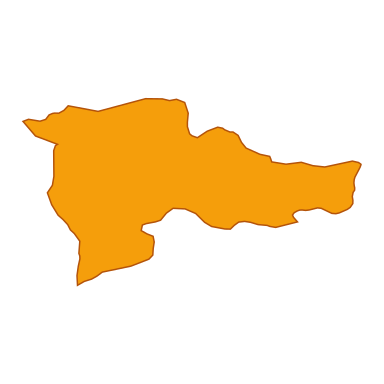 Agri, Robinson projection
{"feature_id": "TUR-2307", "entity_name": "Agri", "entity_type": "Province", "adm_level": 1, "iso_a3": "TUR", "parent_name": "Turkey", "parent_adm1": "", "projection": "robinson", "projection_center": [43.45, 39.496], "detail": "fine", "context": "isolated", "style": "filled", "palette": "amber", "viewbox_px": 384, "rotation_deg": 0, "n_neighbors": 0, "source": "natural_earth", "source_scale": "10m", "svg_char_len": 1583}
<svg xmlns="http://www.w3.org/2000/svg" viewBox="0 0 384 384"><path d="M361.0,164.3L360.9,165.0L360.0,167.4L354.9,177.2L354.2,179.7L353.9,182.8L354.2,185.5L354.7,187.9L354.6,190.2L353.1,192.4L352.3,196.6L352.9,200.2L352.8,203.6L350.2,207.4L347.3,209.4L339.3,212.9L335.9,213.7L331.9,213.4L321.2,208.3L317.5,207.9L309.1,210.0L305.6,210.4L302.1,210.0L299.7,210.1L297.4,210.9L294.2,212.7L292.5,215.0L293.5,217.3L297.5,221.9L275.7,227.4L269.8,226.4L267.2,225.4L258.1,224.6L250.5,222.3L244.6,221.4L238.7,222.1L234.3,225.3L230.4,229.1L225.0,229.0L211.6,226.5L204.6,222.3L195.7,213.5L185.1,208.9L173.1,208.3L166.4,213.1L160.6,220.2L155.4,221.9L146.2,223.6L142.4,225.0L141.2,230.6L147.0,233.9L153.1,236.3L154.2,242.0L153.2,248.6L152.8,255.1L149.0,259.1L131.0,266.1L102.3,272.1L97.1,276.0L91.6,279.1L84.3,281.4L77.5,285.3L77.0,275.6L78.3,266.2L79.9,258.9L79.8,256.0L78.9,253.4L79.8,241.2L74.3,233.5L70.4,229.9L67.7,224.6L63.0,219.5L58.1,215.2L51.7,204.7L47.4,192.8L52.4,185.3L53.9,176.4L53.7,150.7L55.4,145.7L57.5,144.3L35.5,136.0L23.0,121.4L28.5,119.3L40.0,121.2L45.7,119.4L49.1,114.9L52.7,113.4L54.7,113.1L58.8,113.2L63.9,110.4L68.2,105.8L98.1,111.4L145.5,98.7L162.4,98.9L169.5,100.6L176.5,99.3L184.7,102.5L188.2,113.2L187.4,122.2L187.4,126.7L189.6,133.8L192.0,135.8L197.4,137.7L207.2,131.2L217.7,127.2L222.6,128.2L224.7,129.8L229.9,132.0L233.0,132.0L238.1,135.4L241.5,142.4L246.1,148.1L259.9,154.3L269.7,156.4L270.8,159.1L271.7,161.9L286.0,164.2L301.3,162.3L312.9,165.7L324.8,167.0L352.4,161.1L358.5,162.5L360.9,164.2L361.0,164.3Z" fill="#f59e0b" stroke="#b45309" stroke-width="1.5"/></svg>